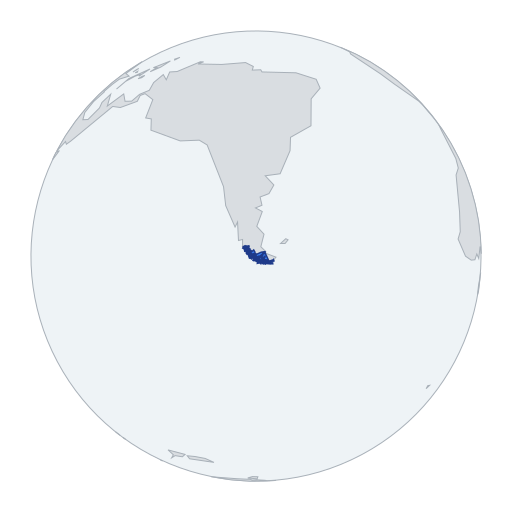 the Earth from above Magallanes y Antártica Chilena, rotated 332°
{"feature_id": "CHL-2692", "entity_name": "Magallanes y Antártica Chilena", "entity_type": "Region", "adm_level": 1, "iso_a3": "CHL", "parent_name": "Chile", "parent_adm1": "", "projection": "orthographic", "projection_center": [-72.604, -52.278], "detail": "fine", "context": "on_globe", "style": "filled", "palette": "blue", "viewbox_px": 512, "rotation_deg": 332, "n_neighbors": 0, "source": "natural_earth", "source_scale": "10m", "svg_char_len": 9223}
<svg xmlns="http://www.w3.org/2000/svg" viewBox="0 0 512 512"><g transform="rotate(332 256 256)"><circle cx="256" cy="256" r="225" fill="#eef3f6" stroke="#a8b0b8"/><path d="M49.4,345.3L49.8,346.0L49.9,346.3L49.4,345.3ZM128.0,70.6L131.9,70.6L125.6,73.6L121.4,75.5L124.7,73.0L124.2,73.3L128.0,70.6ZM246.7,30.9L245.6,31.0L245.3,31.0L246.7,30.9ZM245.2,31.0L246.0,31.1L226.8,33.8L228.4,37.6L218.4,35.7L209.7,37.0L199.1,39.4L199.1,39.9L185.1,43.4L172.2,48.9L167.1,54.4L171.7,56.6L187.3,51.8L192.1,48.1L203.7,44.9L195.1,53.8L215.3,50.8L213.0,57.9L218.9,60.9L229.1,58.6L239.6,59.6L247.1,54.8L259.3,52.3L259.5,58.3L266.2,53.0L273.0,56.1L297.2,58.3L295.4,59.5L315.7,70.8L337.6,80.3L342.6,87.4L340.0,90.1L347.6,93.8L347.7,96.3L377.3,113.0L392.1,128.2L391.4,137.9L378.5,143.1L365.7,166.8L342.2,167.4L335.5,179.0L315.9,194.7L301.8,189.5L305.1,201.7L296.7,207.0L287.3,205.8L285.1,214.0L278.1,213.3L282.4,219.7L270.6,230.2L273.3,240.5L264.6,250.1L266.7,256.6L263.6,256.2L260.2,258.5L259.7,262.2L250.4,256.0L248.2,242.0L251.9,235.1L247.8,234.1L255.7,217.3L251.1,220.6L252.9,197.3L259.9,179.5L265.0,135.0L260.3,127.1L243.1,118.8L222.3,95.6L227.9,85.8L223.4,82.3L238.3,69.5L234.3,60.6L229.1,59.9L223.8,63.7L205.9,61.2L199.7,56.7L146.2,67.6L141.0,68.3L141.6,65.5L129.4,69.7L144.3,60.3L160.0,52.2L176.3,45.3L193.0,39.7L210.2,35.4L227.6,32.5L245.2,31.0ZM227.1,39.6L250.2,41.1L237.0,42.3L239.5,41.4L233.7,40.5L222.8,40.6L211.2,43.1L227.1,39.6ZM237.7,35.6L233.7,35.8L237.6,35.4L237.7,35.6ZM265.9,269.4L251.1,258.3L259.5,263.1L265.5,257.7L273.1,266.4L265.9,269.4ZM283.5,256.5L290.4,254.7L291.9,256.8L287.5,258.6L283.5,256.5ZM456.0,359.8L458.3,352.8L451.5,362.8L451.9,357.9L447.5,362.1L444.1,360.7L440.9,354.5L442.4,335.9L447.7,330.5L456.4,312.7L470.7,278.4L475.9,273.3L478.2,263.7L478.7,232.0L479.0,225.1L477.8,217.1L476.1,210.3L474.1,200.9L472.6,196.0L459.0,169.4L451.4,153.5L434.4,122.1L434.5,119.6L428.5,111.3L438.9,124.5L448.1,138.2L456.2,152.7L463.2,167.6L469.2,183.1L473.9,198.9L477.5,215.1L479.9,231.5L481.1,248.0L481.1,264.5L479.9,281.0L477.4,297.4L473.8,313.5L469.0,329.4L463.0,344.8L456.0,359.8ZM297.9,58.4L300.9,60.0L297.0,59.4L297.9,58.4ZM235.1,44.1L240.0,43.9L242.6,44.4L238.8,44.9L235.1,44.1ZM276.5,44.0L282.1,44.9L276.2,44.8L276.5,44.0ZM253.8,41.5L272.0,43.6L260.5,44.5L249.1,43.6L257.0,43.1L253.8,41.5ZM235.3,37.5L238.3,37.4L237.4,38.1L235.3,37.5ZM240.6,35.4L239.4,35.5L237.9,35.3L240.6,35.4ZM348.6,451.7L343.9,453.0L346.9,451.1L348.6,451.7ZM435.7,391.9L433.4,394.2L438.5,386.7L443.9,379.8L446.6,376.1L435.7,391.9ZM102.2,403.9L101.5,400.1L108.0,404.4L116.1,410.9L122.0,418.5L102.2,403.9ZM154.0,451.8L152.4,453.3L144.5,448.1L149.3,449.1L154.0,451.8ZM96.7,398.7L90.9,394.3L86.8,394.6L89.7,392.7L87.3,385.9L100.2,397.9L96.7,398.7ZM112.8,429.9L134.9,443.9L146.1,450.5L147.4,452.0L152.3,454.4L158.7,458.3L160.8,460.1L165.6,462.3L162.3,460.9L144.9,452.0L128.4,441.6L112.8,429.9ZM164.1,461.7L167.6,463.2L168.2,463.5L164.1,461.7ZM76.3,391.9L75.8,391.2L77.3,393.2L76.3,391.9ZM53.6,354.6L53.4,353.6L54.9,356.9L53.6,354.6ZM49.9,346.3L51.7,350.5L49.4,345.3L49.9,346.3Z" fill="#d9dde1" stroke="#a8b0b8" stroke-width="1"/><path d="M254.5,244.1L253.5,245.2L253.7,247.6L254.7,250.1L256.8,249.6L256.9,251.9L256.4,253.1L257.5,254.8L262.4,255.1L266.0,256.4L266.0,256.6L264.1,255.9L263.0,257.1L260.1,257.8L259.8,261.9L259.1,262.3L256.4,260.4L257.8,259.7L257.9,260.6L257.4,261.0L257.8,260.9L258.0,260.7L258.0,259.7L259.5,258.6L258.9,257.8L257.4,259.3L256.8,259.0L256.1,259.1L257.0,259.6L255.9,260.1L256.6,261.0L254.6,259.8L254.4,259.5L255.7,260.0L255.1,258.2L255.6,257.9L255.8,257.7L255.7,258.3L256.4,258.3L257.1,257.5L258.7,257.5L255.4,256.9L255.1,257.7L255.8,257.5L255.0,258.2L255.1,259.1L254.6,259.3L254.0,258.8L254.6,258.4L253.7,258.1L254.5,258.0L255.3,256.9L254.6,256.6L254.4,257.6L254.1,257.1L254.1,257.4L253.4,257.7L253.9,256.8L253.3,255.0L254.3,255.8L255.0,255.2L254.9,255.8L255.4,255.9L255.5,254.7L256.2,255.8L255.2,256.7L256.2,256.7L256.3,255.7L255.8,254.8L256.3,254.1L255.8,253.3L254.8,252.6L254.4,252.9L256.1,254.0L254.4,253.4L255.1,254.1L254.5,254.4L255.2,254.4L254.5,255.3L254.2,253.8L254.1,253.6L254.3,255.6L253.7,255.1L253.5,254.2L254.1,255.0L253.6,253.9L253.9,253.7L253.3,254.0L252.7,252.6L253.5,253.5L253.3,251.5L252.2,251.8L252.4,250.8L251.9,250.8L253.0,250.8L253.1,249.7L253.8,249.7L253.2,249.3L253.6,248.7L252.4,250.3L251.8,249.0L252.8,249.2L252.5,248.5L250.7,247.8L251.6,247.4L252.0,248.1L252.9,248.2L251.6,247.1L252.8,247.4L252.7,246.5L251.6,246.6L252.3,246.0L251.6,245.7L253.2,246.0L252.1,244.8L252.2,244.2L252.5,244.4L252.8,244.5L252.3,243.5L252.8,243.3L252.3,243.2L251.9,245.2L251.3,244.7L251.4,242.1L254.5,244.1ZM265.0,266.2L264.0,266.7L262.0,265.5L261.9,266.2L261.2,266.1L261.4,265.6L260.2,266.1L260.9,265.3L259.6,265.9L259.8,265.2L259.0,265.5L259.1,264.9L258.5,265.5L257.4,264.8L258.8,264.3L259.5,264.8L260.1,264.1L260.6,264.2L260.3,264.5L260.2,265.2L260.6,264.4L261.6,265.0L259.9,263.3L261.6,264.5L261.9,263.9L262.4,265.1L262.3,264.0L263.7,264.7L263.3,265.4L263.3,265.6L264.2,264.8L262.0,263.3L261.6,262.2L263.6,261.1L263.6,260.4L261.6,260.8L261.0,260.1L261.2,259.0L262.0,258.6L261.2,258.0L262.4,258.4L263.6,256.9L264.3,257.8L265.5,257.7L265.0,266.2ZM249.9,246.7L248.7,244.5L249.5,245.2L249.0,244.3L250.1,244.6L250.3,243.0L249.6,242.5L251.0,242.0L251.3,246.9L250.2,246.8L250.6,246.5L250.2,245.6L250.6,245.7L250.2,245.3L250.8,244.6L249.9,245.1L249.9,246.7ZM266.2,269.5L264.3,268.9L264.5,267.7L264.1,267.9L263.8,267.5L263.8,267.9L263.6,267.4L263.1,267.5L263.7,268.9L262.3,268.0L263.0,267.5L261.8,267.4L262.8,267.4L262.9,267.0L265.4,266.7L265.6,267.2L265.0,267.5L264.0,267.1L265.8,268.0L265.2,268.2L264.8,268.0L264.6,268.0L265.9,268.6L266.2,269.5ZM256.2,263.1L255.1,263.1L255.9,262.2L255.5,262.1L254.4,262.7L254.5,261.7L253.6,261.3L255.2,261.5L254.1,260.7L255.0,260.4L255.3,261.5L255.4,260.6L255.8,261.5L256.3,261.1L257.1,262.0L256.2,263.1ZM266.6,268.0L266.9,268.0L266.0,267.9L265.6,266.7L268.5,267.5L267.9,268.3L266.6,268.0ZM261.0,261.3L261.2,263.0L260.5,262.6L260.7,263.7L260.1,263.3L260.0,262.2L260.6,262.3L260.4,261.7L261.0,261.3ZM254.6,260.1L253.7,260.1L253.0,259.1L252.0,259.3L250.9,258.0L253.6,259.1L254.6,260.1ZM258.2,263.7L258.9,262.7L259.7,263.9L259.2,264.3L258.7,263.2L258.2,263.7ZM257.8,264.1L256.8,262.5L258.2,262.5L257.9,263.4L257.5,262.8L257.8,264.1ZM250.5,247.6L248.9,248.6L249.7,247.7L248.9,247.3L250.5,247.6ZM250.9,250.0L251.6,251.4L251.4,251.0L250.8,251.5L250.2,250.9L251.0,250.8L250.9,250.0ZM253.1,257.7L253.0,257.1L252.2,257.3L253.3,256.5L253.1,257.7ZM261.2,267.1L260.6,267.6L259.6,266.6L261.1,266.4L260.2,266.8L261.2,267.1ZM252.1,250.2L251.1,249.6L251.5,249.2L250.8,249.0L251.5,248.9L251.9,249.7L251.5,249.7L252.1,250.2ZM262.4,267.0L262.5,266.3L263.8,266.7L262.4,267.0ZM249.5,246.8L248.3,246.5L248.6,245.5L249.0,245.6L249.5,246.8ZM251.2,252.0L250.6,252.8L250.1,252.9L250.6,251.9L251.2,252.0ZM250.5,255.0L250.0,254.9L250.6,254.4L250.3,253.6L250.5,253.5L250.8,254.1L250.5,255.0ZM249.7,249.1L249.2,249.4L249.3,250.2L248.9,250.2L248.8,249.1L249.7,249.1ZM249.3,243.3L248.9,243.1L248.5,243.4L248.1,242.9L248.8,242.6L249.3,243.3ZM252.4,256.5L252.3,255.7L251.6,255.5L251.9,255.3L252.8,256.2L252.4,256.5ZM250.1,243.5L250.0,244.3L249.2,243.8L249.5,243.3L250.1,243.5ZM250.1,252.4L249.8,253.3L249.4,253.6L249.6,252.3L250.1,252.4ZM251.3,255.9L250.7,256.4L250.4,255.8L251.3,255.9ZM249.0,243.8L248.2,244.1L249.0,243.2L249.0,243.8ZM253.3,255.7L252.4,255.0L252.4,254.7L253.1,255.2L253.3,255.7ZM252.4,253.1L252.6,254.2L252.0,253.8L252.4,253.1ZM250.6,250.6L250.5,249.7L250.9,250.4L250.6,250.6ZM252.1,254.8L251.4,253.8L252.4,254.5L252.1,254.8ZM259.7,266.5L258.8,266.5L258.6,266.2L259.3,266.1L259.7,266.5ZM253.1,255.9L253.0,256.4L252.4,255.6L253.1,255.9ZM254.2,260.5L254.0,261.1L253.2,260.6L253.7,260.8L254.2,260.5ZM250.9,254.9L250.5,255.4L251.2,254.3L250.9,254.9ZM252.7,254.3L253.3,254.3L253.3,254.9L252.7,254.3ZM267.7,269.4L267.4,270.1L267.1,269.9L267.7,269.4ZM250.1,248.3L250.1,248.8L249.6,249.0L249.7,248.7L250.1,248.3ZM256.2,263.7L256.9,263.4L256.7,263.8L256.2,263.7ZM249.6,242.7L249.2,243.2L249.0,242.4L249.6,242.7ZM267.1,270.2L267.0,270.7L266.3,270.3L267.1,270.2ZM252.1,251.7L251.9,252.0L251.7,250.7L252.1,251.7ZM268.6,268.1L268.7,268.5L268.4,268.3L268.6,268.1ZM251.3,251.1L251.5,251.8L251.1,251.4L251.3,251.1ZM260.8,263.5L261.3,263.6L261.5,263.8L260.8,263.5ZM251.7,245.3L251.2,245.1L251.3,244.9L251.7,245.3ZM249.6,241.8L249.5,242.5L249.2,242.4L249.6,241.8ZM253.6,258.2L254.1,258.7L253.1,258.5L253.6,258.2ZM250.2,254.4L249.9,254.1L250.2,253.9L250.2,254.4ZM250.7,249.0L250.7,248.6L251.1,248.6L250.7,249.0ZM252.3,252.5L252.0,252.6L251.9,252.2L252.3,252.5ZM254.3,262.9L254.7,263.3L254.0,263.1L254.3,262.9ZM269.6,267.9L269.6,268.3L269.3,268.3L269.6,267.9ZM251.3,254.7L251.4,255.0L250.9,255.3L251.3,254.7ZM260.9,266.2L260.6,266.4L260.2,266.3L260.5,266.1L260.9,266.2ZM260.8,263.2L261.3,263.1L261.3,263.3L260.8,263.2ZM250.1,249.7L249.8,250.2L249.8,249.7L250.1,249.7ZM268.6,267.2L269.0,267.7L268.5,267.2L268.6,267.2ZM252.9,252.0L253.1,252.5L252.8,252.2L252.9,252.0ZM256.4,264.0L256.3,264.5L256.1,264.1L256.4,264.0ZM249.8,242.2L249.8,241.8L250.2,241.9L249.8,242.2ZM253.0,253.9L253.0,254.2L252.7,253.6L253.0,253.9ZM251.0,255.6L250.7,255.5L251.2,255.2L251.0,255.6Z" fill="#3b82f6" stroke="#1e3a8a" stroke-width="1.5"/></g></svg>